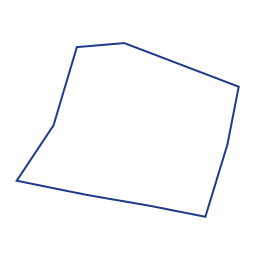 outline of Anibare, rotated 273°
{"feature_id": "NRU-4981", "entity_name": "Anibare", "entity_type": "state/province", "adm_level": 1, "iso_a3": "NRU", "parent_name": "Nauru", "parent_adm1": "", "projection": "mercator", "projection_center": [166.944, -0.519], "detail": "fine", "context": "isolated", "style": "outline", "palette": "blue", "viewbox_px": 256, "rotation_deg": 273, "n_neighbors": 0, "source": "natural_earth", "source_scale": "10m", "svg_char_len": 320}
<svg xmlns="http://www.w3.org/2000/svg" viewBox="0 0 256 256"><g transform="rotate(273 128 128)"><path d="M206.1,72.7L212.6,119.8L175.0,236.4L116.4,228.1L43.4,209.9L48.3,175.6L51.3,155.2L53.3,138.5L56.5,111.2L59.1,90.0L62.5,66.7L69.5,19.6L126.8,53.5L206.1,72.7Z" fill="none" stroke="#1e3a8a" stroke-width="2"/></g></svg>